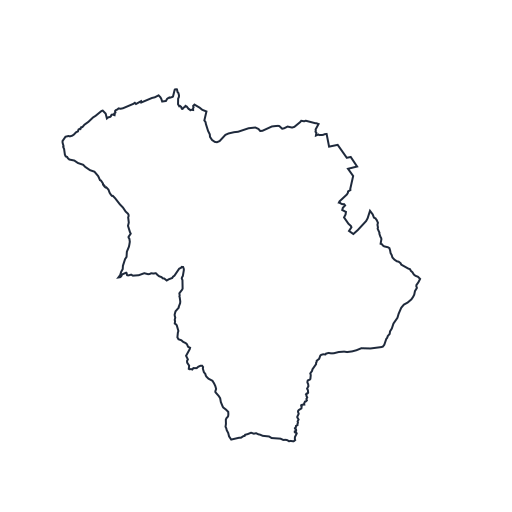 Cislau, Buzau, Romania (orthographic projection), rotated 341°
{"feature_id": "2599482B87783009724517", "entity_name": "Cislau", "entity_type": "district", "adm_level": 2, "iso_a3": "ROU", "parent_name": "Romania", "parent_adm1": "Buzau", "projection": "orthographic", "projection_center": [26.377, 45.21], "detail": "fine", "context": "isolated", "style": "outline", "palette": "slate", "viewbox_px": 512, "rotation_deg": 341, "n_neighbors": 0, "source": "geoboundaries", "source_scale": "gbopen_adm2", "svg_char_len": 6075}
<svg xmlns="http://www.w3.org/2000/svg" viewBox="0 0 512 512"><g transform="rotate(341 256 256)"><path d="M344.8,382.9L346.4,383.0L348.4,381.7L352.2,376.8L353.4,376.1L354.5,374.6L357.0,373.2L358.2,370.9L360.8,368.8L364.0,364.6L369.6,360.5L372.1,357.0L376.5,352.2L380.0,350.1L384.2,349.4L388.8,347.6L391.1,345.9L393.0,344.1L394.9,340.9L397.6,338.7L397.8,338.2L397.7,336.9L398.2,335.7L401.0,333.7L403.7,331.1L402.4,328.4L400.3,326.6L399.2,324.9L398.6,322.2L397.6,320.5L397.3,318.6L395.9,317.5L390.5,311.4L390.4,310.0L389.6,308.7L389.0,307.8L387.5,306.9L385.7,304.5L384.5,301.8L384.6,299.2L384.2,297.1L384.6,294.5L384.7,292.0L383.6,290.7L380.3,288.6L379.4,287.4L378.9,285.9L377.8,285.0L380.0,281.0L380.2,279.9L379.9,278.3L379.9,275.1L380.3,274.2L379.9,269.8L380.6,268.7L381.0,266.0L382.1,264.3L381.8,261.1L381.5,260.6L381.3,259.4L380.0,258.1L379.9,254.7L378.5,250.4L373.8,256.7L371.5,258.8L360.7,264.6L355.2,266.9L352.1,262.6L355.6,259.9L355.5,258.5L353.9,255.6L351.8,248.2L354.2,245.9L355.4,243.6L352.5,240.6L353.8,238.7L356.7,237.2L356.2,235.7L354.3,235.0L352.5,233.1L352.6,232.9L351.8,232.5L352.8,231.5L362.0,227.4L363.5,226.1L364.1,224.9L366.7,224.4L367.0,223.2L373.9,212.0L371.4,203.5L380.7,204.3L377.8,193.2L373.8,192.7L369.4,177.5L360.7,176.4L362.5,163.6L360.8,163.2L358.6,163.3L355.1,162.2L354.5,161.4L351.9,161.6L353.2,159.1L352.7,157.9L353.3,157.0L353.6,155.7L358.1,151.6L356.4,150.2L355.2,149.7L347.1,144.3L345.4,144.3L342.8,142.9L341.3,143.8L334.3,146.4L331.9,146.3L328.0,143.9L324.2,144.4L322.2,144.2L320.4,140.8L319.2,140.1L316.0,139.3L313.2,138.7L302.9,139.7L300.7,139.2L299.7,136.7L297.2,134.3L290.6,132.8L279.5,132.7L275.6,131.8L269.9,131.2L266.5,131.5L259.0,135.5L256.1,135.7L254.2,134.7L252.2,132.0L251.3,128.4L251.9,125.9L251.4,122.1L251.6,114.8L251.9,113.0L251.3,111.0L256.2,103.2L252.8,100.3L251.0,97.4L247.1,92.8L245.4,93.7L245.4,95.1L244.6,95.8L244.1,97.5L242.5,96.7L241.4,96.8L240.7,95.4L240.2,95.2L239.2,92.2L238.2,91.1L237.3,91.9L235.9,92.1L234.5,93.0L234.0,92.9L233.7,91.6L233.8,90.7L233.0,89.4L232.2,89.5L231.7,87.1L233.6,81.9L234.9,80.5L235.5,79.0L235.7,76.6L235.2,75.5L235.5,72.7L235.2,72.5L233.7,72.1L233.2,72.4L229.5,78.1L229.0,78.4L225.9,78.3L225.7,77.9L224.4,78.1L223.1,78.5L221.3,80.1L217.6,79.4L217.6,76.5L217.3,74.8L216.2,72.4L212.0,73.0L209.1,72.7L197.5,73.5L197.7,72.2L192.0,73.2L191.3,71.7L189.6,72.2L178.3,73.0L175.9,72.7L174.1,71.7L172.7,72.3L170.8,72.5L169.9,73.1L169.8,74.6L168.5,75.1L168.6,75.9L168.1,76.8L166.7,75.7L165.7,75.4L165.0,75.7L164.2,76.7L163.4,77.0L161.4,76.8L159.8,77.4L160.2,72.4L158.4,68.6L157.1,68.6L149.8,71.3L147.1,71.9L141.2,74.6L136.5,76.0L133.8,77.6L132.7,77.3L131.4,78.7L131.1,78.3L129.4,78.6L128.2,80.2L126.2,80.4L123.3,81.9L121.4,82.4L119.0,82.3L117.8,81.5L114.7,81.2L110.5,84.3L110.0,85.9L109.8,89.5L109.2,90.0L109.4,92.3L108.3,98.0L108.5,99.9L109.7,100.9L109.9,102.2L110.9,104.0L115.3,106.6L117.9,110.1L122.3,113.5L123.5,116.1L127.0,120.8L130.7,123.7L132.8,129.1L133.2,133.5L134.0,134.2L134.9,137.7L134.6,138.6L134.9,139.3L135.3,139.5L135.5,140.1L135.1,140.2L135.5,141.3L136.1,142.3L136.8,142.3L138.1,145.2L138.2,148.6L138.7,150.6L139.3,152.2L140.2,152.5L141.6,155.5L144.1,162.8L146.0,166.9L147.2,171.5L148.7,174.3L148.9,175.5L148.6,176.7L147.7,177.9L146.6,183.0L144.8,185.8L144.6,192.2L144.8,194.1L141.8,196.3L141.5,197.1L141.9,198.5L141.3,201.5L139.9,204.1L138.9,205.8L135.3,209.9L133.3,214.7L131.2,216.3L127.0,221.9L125.7,225.0L123.4,227.0L121.4,229.8L118.9,231.5L120.7,231.8L122.0,231.3L122.8,230.3L123.9,229.8L127.8,229.5L128.1,230.0L127.8,231.9L128.0,232.3L129.0,232.8L131.9,233.0L133.2,234.5L138.9,236.0L144.8,235.9L148.1,238.1L149.6,238.4L151.3,238.2L153.3,239.2L155.5,239.6L156.0,240.1L156.4,241.3L157.7,243.5L159.8,245.2L160.6,246.8L161.9,247.4L163.6,250.1L166.1,249.6L169.6,249.5L170.9,248.5L172.4,248.1L179.2,243.0L181.4,242.7L182.2,242.1L183.5,242.7L183.5,244.9L183.1,246.0L180.3,251.1L179.0,252.2L178.5,253.0L178.6,254.9L176.0,262.9L175.3,263.7L171.4,266.3L171.0,268.4L170.4,269.3L170.4,270.3L169.6,274.3L168.9,275.9L166.4,278.9L166.1,279.7L161.9,282.1L160.0,284.9L159.7,286.1L159.6,288.0L158.3,290.0L158.3,291.2L157.2,293.4L158.3,294.9L158.5,296.0L158.2,301.6L157.2,303.0L155.2,307.3L155.6,309.5L158.0,311.4L159.1,313.4L161.2,315.5L162.0,317.0L162.2,319.7L163.8,321.3L162.9,322.6L157.4,327.6L157.9,331.6L156.6,332.8L156.2,334.5L157.1,337.9L155.7,340.8L156.2,341.4L157.8,341.8L158.8,342.6L160.3,341.6L163.4,342.7L165.4,341.9L167.8,341.7L169.3,342.2L169.8,343.8L169.1,345.1L168.9,348.8L169.7,351.1L169.6,352.7L169.8,353.8L171.1,356.5L174.2,359.8L174.9,362.9L175.2,365.8L175.0,368.7L173.5,370.7L173.3,371.6L175.2,376.3L175.8,378.8L175.2,382.7L175.5,387.7L175.7,388.6L177.5,391.3L179.0,394.3L178.4,396.5L177.6,398.2L177.0,398.8L175.3,399.7L174.2,400.9L172.9,405.0L171.6,407.5L171.8,409.3L171.6,411.1L172.1,414.3L171.8,417.8L172.8,421.5L180.6,422.3L182.7,422.9L185.5,422.2L186.7,422.4L187.5,421.5L190.1,421.7L193.8,421.5L196.1,423.3L198.4,423.6L200.2,425.4L201.6,426.2L203.8,428.2L209.6,430.9L211.5,433.2L219.7,436.7L221.9,438.8L224.3,439.5L225.7,440.4L226.9,441.9L228.5,442.1L231.0,443.4L231.8,443.3L233.1,442.8L233.1,441.8L233.9,439.8L236.7,437.1L236.6,436.2L235.6,435.7L235.3,435.0L235.6,434.4L236.7,434.5L237.1,434.2L237.4,432.9L236.7,432.0L236.7,431.5L237.9,430.9L238.5,429.7L240.2,429.4L240.5,428.4L241.4,427.2L241.5,425.9L243.0,424.5L242.5,422.0L242.7,421.4L245.0,419.1L245.0,417.0L245.3,416.3L246.2,415.6L249.3,414.9L250.3,412.9L249.9,412.3L250.3,411.7L251.5,411.7L253.3,412.2L253.5,411.1L254.9,409.6L255.9,409.7L257.1,409.1L257.1,407.6L258.4,406.4L258.1,404.6L258.6,403.6L258.3,403.0L259.1,402.5L260.3,402.6L260.8,402.2L261.4,399.7L261.1,398.1L263.2,396.1L263.6,394.1L263.4,392.4L263.9,391.2L264.5,390.5L266.6,390.4L267.4,389.9L269.0,386.4L269.1,384.7L271.6,382.9L272.5,381.5L277.6,377.8L278.0,376.6L278.9,375.8L279.3,374.8L282.2,373.8L284.4,371.1L285.4,370.7L287.5,370.8L289.6,371.7L290.4,371.1L293.1,371.3L295.3,372.5L297.9,373.3L302.9,373.7L308.2,375.1L310.9,376.5L315.9,377.5L320.3,377.8L325.6,377.5L334.1,380.7L344.8,382.9Z" fill="none" stroke="#1e293b" stroke-width="2"/></g></svg>